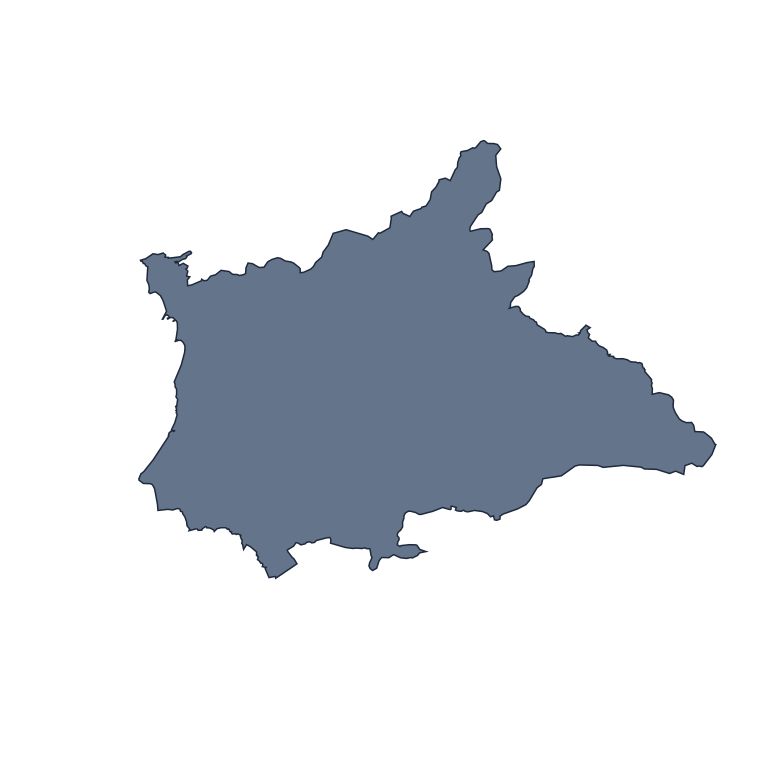 outline of Arklow Lea-6, Wicklow, Ireland, rotated 151°
{"feature_id": "5873133B66309830606527", "entity_name": "Arklow Lea-6", "entity_type": "district", "adm_level": 2, "iso_a3": "IRL", "parent_name": "Ireland", "parent_adm1": "Wicklow", "projection": "natural_earth1", "projection_center": [-6.256, 52.881], "detail": "fine", "context": "isolated", "style": "filled", "palette": "slate", "viewbox_px": 768, "rotation_deg": 151, "n_neighbors": 0, "source": "geoboundaries", "source_scale": "gbopen_adm2", "svg_char_len": 6171}
<svg xmlns="http://www.w3.org/2000/svg" viewBox="0 0 768 768"><g transform="rotate(151 384 384)"><path d="M165.7,159.6L160.3,166.7L153.2,165.5L150.2,160.1L148.4,159.7L146.2,157.7L144.4,157.7L131.5,163.3L123.1,170.2L123.8,171.1L123.9,177.9L127.2,186.0L127.9,187.2L135.2,191.7L133.2,197.7L133.6,201.2L138.4,203.7L141.3,207.3L142.7,210.5L143.1,217.8L142.6,221.9L142.2,223.9L138.6,229.6L138.7,232.8L140.3,236.5L147.4,243.0L154.4,245.0L151.5,249.9L150.8,253.2L149.1,254.7L148.7,257.1L147.8,258.3L149.9,268.6L148.8,270.0L149.2,270.5L148.8,271.5L149.6,272.5L148.5,276.9L150.1,278.9L151.5,279.2L153.2,281.1L157.5,283.8L159.4,287.2L162.8,290.3L168.6,293.5L170.4,295.8L169.8,296.8L173.8,299.5L172.0,300.2L174.3,301.5L173.0,303.5L172.8,305.9L174.6,309.7L177.4,313.2L178.4,317.4L178.1,318.8L181.1,320.5L183.0,325.2L180.1,327.8L180.8,329.7L180.3,333.0L176.4,333.3L178.8,337.5L186.4,335.3L187.3,333.9L188.8,334.2L188.2,333.4L190.1,332.5L192.1,333.7L196.1,334.0L200.2,337.3L202.2,337.8L204.7,342.5L207.2,343.4L209.7,345.9L215.5,349.3L217.3,351.2L216.7,352.5L217.1,354.0L221.4,361.5L220.7,364.3L221.7,365.4L222.0,367.5L224.5,370.8L224.4,372.6L227.1,374.7L228.4,377.6L229.3,381.8L228.4,383.7L228.8,386.6L231.4,388.1L237.7,389.5L236.1,390.3L233.6,393.9L227.3,396.9L223.7,396.5L216.9,397.3L212.5,399.0L206.9,403.7L207.0,404.4L205.8,405.6L202.2,407.6L198.0,412.6L195.7,413.9L193.3,418.4L200.2,420.9L211.0,423.5L218.6,426.9L226.9,426.1L233.3,428.9L234.2,431.8L232.4,435.4L228.9,447.3L229.5,449.8L232.3,453.3L219.3,457.4L218.2,460.3L216.7,462.3L216.3,468.0L217.5,469.4L224.1,472.9L234.4,475.7L234.0,477.7L232.2,479.8L219.9,486.3L215.3,486.7L207.4,491.9L200.8,492.3L192.5,497.3L189.2,497.4L182.4,506.7L180.1,519.6L175.4,529.8L167.9,533.0L168.6,538.4L171.3,541.0L176.8,544.2L177.8,547.3L178.9,548.6L182.0,549.0L189.1,546.3L190.9,546.5L191.9,547.6L197.6,547.7L204.0,549.8L205.4,548.6L206.2,546.3L208.5,545.3L212.0,542.1L214.8,537.9L217.9,536.8L227.4,529.8L230.6,534.3L236.8,535.9L237.8,534.4L243.3,530.9L249.2,529.0L254.2,522.9L260.9,519.3L265.2,520.3L266.6,519.5L274.4,520.9L280.2,518.0L284.8,524.2L284.9,526.4L296.5,527.3L297.4,525.2L303.1,517.8L314.3,517.8L315.6,519.0L323.7,515.8L326.4,521.1L342.3,537.3L355.4,540.4L365.4,532.5L373.3,528.9L376.9,525.2L384.9,523.4L388.5,521.1L392.2,520.0L399.9,520.6L403.3,521.9L401.5,525.4L401.6,526.7L404.4,533.5L406.2,535.9L410.7,539.4L413.4,543.9L415.8,546.0L421.7,547.3L426.5,547.2L432.4,544.3L436.8,546.5L440.7,553.0L444.3,555.7L448.3,552.6L451.5,547.7L454.0,547.8L457.9,549.0L458.9,550.6L463.3,553.4L465.0,557.5L471.4,562.4L478.2,561.2L483.4,562.4L488.3,560.4L491.4,561.6L492.7,564.0L493.6,562.8L504.3,563.9L508.1,565.2L505.5,570.4L501.9,571.9L504.4,574.0L500.9,577.8L501.5,580.7L499.9,580.8L498.3,582.2L501.1,586.9L505.8,587.0L505.3,590.2L507.5,590.9L507.7,592.2L505.6,591.7L505.2,590.3L499.8,590.7L497.0,589.8L494.6,590.8L494.7,591.7L489.9,591.4L488.7,592.0L488.9,593.9L490.4,594.6L497.0,594.7L500.4,594.0L511.5,598.5L511.1,599.2L514.1,601.2L512.4,602.6L513.7,605.7L518.8,606.7L522.9,609.9L531.6,609.1L537.0,610.3L537.2,609.5L535.9,608.5L536.1,606.1L535.0,605.4L535.0,602.9L533.8,601.0L541.1,589.6L541.6,584.6L543.0,581.2L545.3,578.3L544.8,576.5L540.2,575.8L538.8,574.8L536.7,569.6L536.8,564.1L538.9,553.1L546.4,548.1L545.9,547.8L542.4,549.9L540.3,549.8L539.3,547.7L539.5,546.3L541.6,546.5L541.6,545.6L538.9,545.8L536.5,544.4L535.5,541.5L538.7,541.2L535.5,540.8L535.0,539.9L535.1,537.8L538.1,532.0L544.6,523.5L546.6,522.2L543.7,523.2L543.2,522.5L545.0,521.7L543.4,522.2L540.5,520.7L539.5,517.9L539.5,514.5L540.3,512.5L542.9,508.5L552.1,498.9L566.5,487.5L566.8,485.1L568.2,482.5L567.8,480.7L568.6,478.8L570.4,475.5L572.2,473.6L571.9,470.7L575.5,465.9L576.8,465.4L576.3,464.9L577.2,464.6L577.9,461.9L578.8,461.7L578.5,460.8L579.7,459.6L579.7,457.5L585.8,451.5L592.1,447.0L592.2,446.0L589.3,444.6L591.1,444.5L591.6,445.6L593.2,446.0L595.7,445.4L597.7,443.3L597.5,442.8L622.4,429.7L636.6,423.8L640.2,423.3L644.4,419.9L644.9,418.6L642.7,413.7L636.6,410.0L635.5,408.5L635.3,407.0L635.5,403.3L640.4,388.8L643.0,383.0L633.9,379.2L629.8,376.2L625.1,375.3L623.2,373.6L623.7,371.3L622.4,370.1L622.9,367.8L622.6,364.4L623.4,359.4L625.0,355.5L624.3,351.3L625.7,350.2L618.5,348.4L617.7,347.7L617.5,346.1L614.2,344.5L613.0,345.4L609.4,345.9L608.6,345.0L608.9,344.3L606.4,342.7L604.3,340.0L603.7,338.7L604.0,337.3L600.3,338.4L596.2,337.3L592.1,335.0L591.3,332.7L590.0,332.6L590.2,329.4L589.1,328.7L589.6,328.3L589.5,326.4L586.8,325.2L586.2,324.0L584.9,324.0L582.5,321.2L583.4,320.6L584.0,317.3L583.7,316.2L585.6,313.7L585.6,311.7L587.0,307.4L582.0,310.1L579.8,306.6L577.2,299.9L576.9,298.8L578.2,296.6L577.9,295.9L578.5,295.8L577.8,293.7L579.8,291.8L578.8,289.5L578.7,287.1L577.4,286.2L577.6,284.6L579.0,283.3L576.1,280.7L577.4,280.2L578.4,270.4L572.9,268.6L572.3,268.2L572.9,266.6L547.3,268.9L547.5,274.7L548.3,276.7L549.4,283.9L549.0,285.7L541.7,286.0L537.8,287.9L536.2,286.4L534.7,283.6L530.3,282.4L528.8,283.0L525.5,282.1L524.3,280.1L521.6,279.1L519.0,279.9L508.6,277.2L505.7,275.9L505.9,273.6L507.9,270.7L497.0,259.7L490.9,255.2L487.7,253.9L483.3,250.9L479.9,249.9L479.3,248.6L476.2,246.6L478.4,240.5L478.7,237.9L483.4,234.5L485.4,232.1L485.6,229.2L484.4,226.4L479.7,226.4L474.0,231.8L470.2,233.4L463.9,229.7L458.3,230.1L453.9,224.1L448.9,220.5L444.3,219.1L443.6,218.1L437.8,217.8L434.7,219.0L428.5,217.1L432.9,221.9L433.4,227.1L434.2,227.9L439.6,231.1L447.4,234.4L448.7,234.2L450.3,236.8L448.7,239.0L446.1,240.7L445.4,242.6L446.0,244.5L445.2,246.0L443.7,247.4L440.3,248.1L437.0,250.0L434.7,254.2L431.7,256.9L430.5,259.0L427.9,260.8L426.3,260.9L424.3,260.9L422.3,259.7L418.4,256.0L416.8,253.2L414.9,252.0L403.1,249.0L392.7,247.6L387.1,242.1L386.0,242.1L384.7,244.4L383.7,244.1L380.7,241.0L382.6,239.2L381.6,237.7L378.4,235.3L375.5,235.0L374.8,233.3L372.8,231.6L366.1,229.5L359.7,224.7L356.3,220.5L355.3,216.2L352.2,215.6L353.2,211.6L351.4,210.1L348.1,209.6L346.5,212.2L342.9,212.5L327.8,210.0L318.3,209.7L313.5,211.5L300.5,219.0L294.9,219.9L291.0,224.1L273.3,217.7L256.7,219.6L252.4,218.5L236.4,209.1L232.7,204.8L214.1,196.8L199.4,186.6L197.5,183.5L187.0,177.2L177.6,167.3L171.2,166.4L165.7,159.6Z" fill="#64748b" stroke="#1e293b" stroke-width="1.5"/></g></svg>